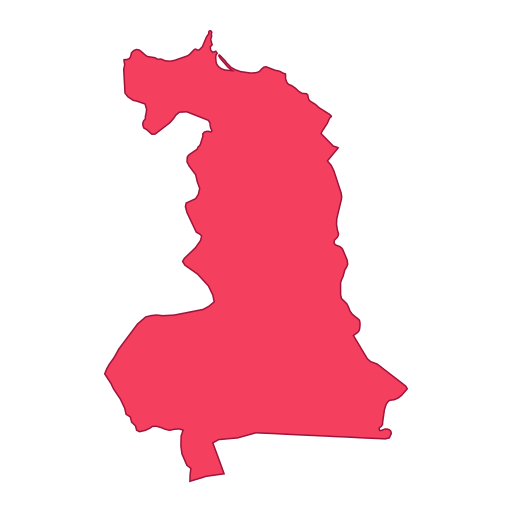 SVG path tracing the border of Oriental
{"feature_id": "MAR-1454", "entity_name": "Oriental", "entity_type": "Region", "adm_level": 1, "iso_a3": "MAR", "parent_name": "Morocco", "parent_adm1": "", "projection": "robinson", "projection_center": [-2.611, 33.589], "detail": "fine", "context": "isolated", "style": "filled", "palette": "rose", "viewbox_px": 512, "rotation_deg": 0, "n_neighbors": 0, "source": "natural_earth", "source_scale": "10m", "svg_char_len": 3814}
<svg xmlns="http://www.w3.org/2000/svg" viewBox="0 0 512 512"><path d="M212.2,44.8L210.3,46.8L210.6,50.1L212.7,52.3L215.8,51.2L217.2,53.3L216.3,54.4L215.8,56.2L215.7,58.2L216.1,62.1L216.5,63.7L217.4,65.2L218.9,67.0L221.5,68.8L225.0,70.0L232.4,70.7L228.0,67.2L220.3,58.4L218.8,55.9L219.2,54.9L220.6,56.0L225.5,61.2L226.3,62.5L231.1,67.4L235.4,69.8L240.6,71.6L251.1,73.1L255.7,72.7L258.1,72.1L259.8,71.1L261.9,68.7L263.8,67.2L265.9,66.7L275.5,70.4L277.7,70.7L280.2,71.5L282.8,73.0L285.5,73.9L285.6,78.7L286.6,81.9L288.4,84.3L291.5,85.5L295.3,88.1L298.4,91.1L301.8,93.3L306.4,93.7L307.6,94.7L308.0,96.1L308.2,97.7L308.7,99.4L310.1,101.1L315.4,104.4L318.9,107.6L329.5,114.3L331.4,116.1L331.0,117.0L329.7,118.0L327.2,123.5L321.9,131.6L321.1,133.7L333.3,146.1L337.0,147.2L338.2,147.9L327.4,160.9L331.3,165.5L333.9,170.9L341.2,193.2L341.4,194.9L341.7,196.5L341.5,198.9L336.8,218.5L336.5,224.2L337.4,230.1L338.5,233.7L338.4,235.0L337.6,236.8L336.6,238.1L335.4,239.1L334.5,240.3L334.0,242.2L334.6,244.1L336.2,245.2L339.7,246.5L341.5,247.8L342.6,249.2L347.2,260.2L347.7,264.2L346.4,267.5L344.9,269.7L343.0,276.5L341.6,279.6L340.6,282.6L340.6,294.6L341.5,298.6L346.7,303.6L348.5,307.1L349.9,310.9L352.0,313.9L354.7,316.3L357.6,318.5L359.4,320.1L360.0,322.7L360.0,325.5L359.7,328.1L359.5,329.4L359.1,330.5L358.5,331.5L357.7,332.4L353.4,335.5L367.3,358.7L370.6,361.6L377.1,364.0L405.7,386.1L407.3,388.8L401.4,395.5L398.0,398.1L394.3,399.7L390.0,400.3L388.4,401.2L386.7,403.4L385.7,405.5L384.4,409.9L382.8,421.0L382.6,422.4L382.6,423.4L382.5,424.4L381.8,425.7L381.2,426.4L379.5,427.7L379.1,428.5L379.6,430.5L381.2,430.5L385.0,429.0L387.0,429.0L389.1,429.6L390.8,431.1L391.3,433.6L389.3,437.9L385.3,438.9L377.6,438.5L376.7,438.5L374.3,438.4L370.4,438.2L365.3,438.0L359.1,437.7L352.0,437.3L344.2,436.9L335.8,436.6L327.0,436.1L318.1,435.7L309.1,435.3L300.3,434.9L291.8,434.5L283.8,434.1L276.5,433.7L270.0,433.4L255.9,432.8L237.6,437.9L218.6,439.6L212.8,442.9L219.8,461.9L224.1,473.8L206.2,476.3L189.9,481.3L190.1,474.6L190.9,468.4L186.9,465.3L182.0,454.0L180.9,446.2L181.1,436.1L183.1,430.1L179.0,428.9L174.2,429.3L169.5,430.3L165.0,429.2L161.5,427.7L156.7,426.3L152.5,426.4L149.7,428.3L145.2,430.4L139.4,431.7L136.6,430.2L135.5,425.9L131.6,422.1L130.3,416.9L126.1,414.3L124.7,408.2L120.4,399.1L113.6,389.0L110.9,383.4L104.7,373.9L106.7,368.9L109.1,364.6L114.1,357.5L118.9,348.9L137.6,323.9L145.8,316.9L151.1,315.6L156.6,315.0L162.6,315.7L174.1,315.1L203.2,309.4L208.9,306.3L214.2,301.8L212.8,295.0L208.4,285.9L197.6,274.1L184.9,265.2L182.6,261.4L184.4,258.3L195.4,247.8L200.6,240.4L201.6,235.9L199.6,234.0L196.3,232.2L187.0,212.6L185.4,206.6L186.2,203.0L195.6,198.7L198.3,194.5L199.7,188.4L197.2,181.5L195.7,174.8L189.3,166.2L187.0,161.9L187.2,158.6L187.2,157.4L188.0,155.9L189.5,154.4L196.9,149.4L197.6,148.3L197.9,147.4L198.3,146.6L199.4,146.0L199.8,145.6L200.1,144.6L200.4,144.2L202.9,136.1L202.8,133.8L204.3,132.1L206.8,131.3L209.2,131.4L210.8,132.0L212.0,130.7L210.7,128.2L210.2,125.8L209.9,122.8L208.3,120.3L186.8,111.8L179.4,112.2L175.7,115.3L173.5,118.6L170.0,122.6L155.1,134.1L151.7,134.2L146.7,129.6L143.9,128.1L142.9,125.6L142.8,123.1L143.6,120.9L145.3,119.0L145.4,116.3L146.2,112.8L146.6,109.5L145.1,104.0L137.0,101.2L133.1,100.3L127.9,96.8L125.0,93.1L123.7,69.2L124.7,64.9L124.0,60.6L124.0,59.7L127.4,59.4L129.7,58.3L130.7,56.1L131.5,52.8L133.7,50.6L136.4,49.5L139.0,49.9L140.9,51.2L145.2,55.0L147.3,56.5L154.9,57.7L157.6,59.2L158.8,59.2L160.0,59.1L161.1,59.1L162.2,59.5L164.2,60.4L165.3,60.8L170.4,61.2L174.7,60.3L187.3,55.9L189.4,54.6L194.0,49.8L195.1,49.1L195.9,49.2L196.8,49.7L197.9,50.1L199.2,49.9L202.4,46.7L206.4,37.1L208.9,33.4L208.7,32.1L209.2,31.1L210.2,30.7L211.4,31.4L211.8,32.3L211.3,34.4L211.7,35.9L210.7,39.5L212.0,44.2L212.2,44.8L212.2,44.8Z" fill="#f43f5e" stroke="#9f1239" stroke-width="1.5"/></svg>